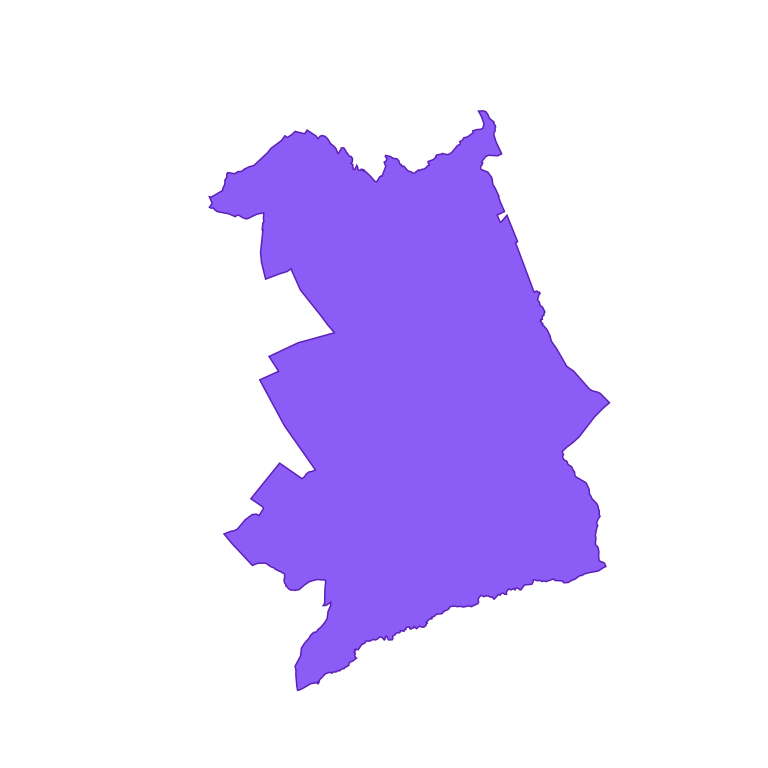 the district of Baltesti, Prahova, Romania, rotated 332°
{"feature_id": "2599482B69098006337159", "entity_name": "Baltesti", "entity_type": "district", "adm_level": 2, "iso_a3": "ROU", "parent_name": "Romania", "parent_adm1": "Prahova", "projection": "natural_earth1", "projection_center": [26.112, 45.09], "detail": "fine", "context": "isolated", "style": "filled", "palette": "violet", "viewbox_px": 768, "rotation_deg": 332, "n_neighbors": 0, "source": "geoboundaries", "source_scale": "gbopen_adm2", "svg_char_len": 6171}
<svg xmlns="http://www.w3.org/2000/svg" viewBox="0 0 768 768"><g transform="rotate(332 384 384)"><path d="M574.3,506.4L570.5,493.7L568.6,491.3L565.1,488.2L563.0,484.9L557.5,461.7L553.7,454.3L553.0,434.1L551.9,424.7L553.2,419.5L553.5,412.9L552.4,407.7L551.5,405.9L552.5,405.5L551.4,401.9L551.9,401.4L552.4,401.9L553.0,400.7L554.2,401.2L555.1,399.0L557.7,398.2L557.8,397.4L559.9,395.9L560.1,390.6L558.8,388.2L559.6,384.6L559.1,381.8L562.7,377.9L564.4,377.3L564.3,375.8L563.0,375.6L562.9,374.1L562.3,373.5L559.6,373.5L566.5,321.1L568.8,321.1L571.8,292.7L563.0,296.1L562.6,295.3L563.2,288.0L571.4,288.3L572.1,278.2L573.1,272.0L573.6,272.1L574.1,263.3L573.8,259.1L576.1,252.5L575.1,245.5L571.2,241.1L570.5,240.1L570.5,239.2L571.3,237.4L573.1,236.7L575.0,235.1L574.4,233.7L580.7,230.9L583.8,231.2L591.5,235.9L596.0,236.0L596.6,223.0L597.9,215.8L598.8,214.0L601.1,212.6L601.7,210.8L603.1,209.6L603.6,208.4L603.3,206.0L604.1,204.3L602.1,199.7L601.8,197.6L602.3,195.1L601.8,191.5L600.2,189.6L595.6,187.4L595.5,194.5L594.4,201.3L591.4,204.5L589.0,204.5L585.2,202.9L581.3,202.1L580.9,203.9L575.1,204.9L572.2,204.8L570.3,204.0L567.7,205.5L564.5,205.6L564.5,207.0L563.7,208.1L561.0,207.9L552.3,211.4L548.8,211.6L547.0,210.8L543.7,207.8L542.8,208.1L538.2,206.5L536.7,207.1L536.6,208.0L532.8,209.0L527.3,208.2L526.7,209.8L527.1,211.7L526.8,212.0L524.7,211.9L523.3,212.6L520.1,213.0L518.6,212.3L515.3,212.1L515.1,211.2L509.7,212.1L508.5,211.4L507.8,209.7L505.1,206.8L503.8,200.9L502.0,200.4L502.3,198.4L501.5,197.8L501.4,195.7L501.9,193.8L501.1,191.2L498.2,189.2L496.4,186.1L492.9,183.0L492.0,183.5L492.3,186.7L490.1,188.2L488.3,188.2L487.7,192.7L479.9,199.5L479.0,198.9L477.5,199.0L472.7,202.0L471.1,200.9L469.5,193.9L468.0,189.3L466.9,186.7L465.8,186.4L465.9,185.7L466.7,186.0L466.9,185.5L464.7,183.6L463.6,184.5L461.7,182.8L462.5,180.3L462.6,178.2L459.3,180.7L458.4,180.5L457.7,179.7L458.4,178.4L458.5,177.0L459.5,175.8L458.3,173.5L460.0,173.2L461.3,171.6L462.1,169.7L461.7,167.7L460.2,166.3L460.0,163.0L459.4,161.6L459.8,160.3L459.3,156.5L456.8,155.5L456.3,157.0L454.6,157.2L452.4,158.9L451.5,158.6L452.1,153.8L451.6,151.3L449.6,146.4L449.5,141.9L448.3,137.7L445.8,135.4L443.6,135.3L440.8,136.5L440.4,133.0L435.3,123.7L432.1,125.5L431.1,125.5L424.0,119.2L420.1,120.4L414.5,121.0L413.0,118.3L407.9,120.9L394.7,122.9L389.8,125.1L371.7,130.0L366.8,128.9L361.7,128.7L358.2,129.4L354.6,127.9L350.8,128.2L346.2,124.5L344.9,124.1L343.8,124.8L341.9,128.0L339.3,129.2L337.3,132.9L334.4,134.9L332.3,137.3L319.2,137.9L317.7,136.7L317.1,143.9L312.8,145.9L313.6,147.3L316.1,148.7L316.2,150.5L317.7,153.5L326.9,160.9L331.2,166.4L333.8,166.0L334.9,166.7L337.4,170.9L339.8,173.4L341.1,174.0L351.3,174.4L358.2,176.4L355.6,180.6L353.9,184.6L352.8,184.7L348.8,190.7L349.6,190.9L336.8,209.8L332.9,219.2L328.7,235.8L343.6,237.7L351.1,239.2L355.9,238.7L354.3,261.7L360.6,295.6L361.9,304.7L364.3,315.5L327.6,307.3L295.4,305.7L296.9,323.3L276.2,322.0L276.5,374.4L283.1,427.6L279.8,427.5L276.5,426.4L273.1,427.0L269.9,428.7L267.1,429.0L254.7,404.9L212.6,422.8L219.2,435.5L219.4,436.6L218.7,437.6L211.7,441.6L210.8,439.6L209.8,438.8L206.3,437.4L197.7,438.7L186.4,443.3L182.6,443.2L179.3,442.1L172.3,441.3L174.8,453.2L182.6,482.4L188.7,483.1L195.4,486.6L198.4,492.3L200.7,494.9L200.7,495.8L203.6,500.1L204.8,501.0L205.0,502.2L206.7,504.3L206.9,505.1L205.6,507.9L203.6,510.4L202.8,512.9L203.1,514.2L202.6,516.7L203.3,517.9L203.5,519.8L205.1,522.4L207.1,523.2L208.3,524.4L212.8,525.7L219.0,524.2L225.7,523.5L233.1,525.2L240.1,529.5L239.8,531.0L235.5,537.5L228.6,549.8L226.3,551.1L228.9,552.3L234.5,551.7L232.9,554.5L227.9,558.5L223.7,564.4L219.7,566.8L214.0,569.1L210.2,569.8L208.1,571.2L205.3,570.3L201.4,571.3L198.5,573.2L191.9,575.7L187.1,578.4L182.7,584.9L173.0,591.4L171.7,595.8L169.8,599.1L165.3,609.5L163.9,613.7L164.5,614.3L170.7,614.6L178.7,614.2L184.3,616.2L185.5,616.1L185.0,617.6L186.0,617.4L188.2,615.0L196.1,612.4L199.6,612.8L201.8,613.9L202.3,614.9L203.5,614.4L207.0,615.8L208.5,615.4L210.1,616.4L213.5,615.7L214.9,616.6L217.2,615.7L218.1,616.1L220.9,615.9L221.6,614.7L223.2,613.6L226.4,613.9L231.1,613.1L230.4,612.0L230.6,610.0L232.3,608.4L231.6,606.6L233.6,606.1L233.2,604.8L234.1,604.6L234.3,605.3L235.2,605.3L236.5,606.5L241.7,603.7L245.2,603.7L247.8,602.6L250.6,604.3L254.6,604.5L256.1,605.9L258.6,606.1L261.1,605.3L263.2,606.5L264.0,610.1L264.9,610.0L266.8,607.8L267.8,607.6L268.2,608.6L267.7,610.2L267.9,612.1L271.1,613.7L272.2,613.0L273.3,610.7L276.4,610.5L277.8,609.4L280.8,610.9L281.9,610.6L282.3,609.6L282.8,609.5L285.5,611.7L286.9,610.5L288.0,611.1L289.0,609.6L290.0,609.5L292.4,610.5L292.0,612.2L292.7,613.1L294.5,612.8L295.7,613.3L296.7,612.2L297.9,615.3L301.7,614.4L302.8,616.0L304.9,617.4L307.7,616.9L308.9,615.7L310.0,615.4L309.2,614.2L314.0,612.9L316.0,613.8L316.5,613.4L316.3,612.4L319.4,612.8L320.8,612.1L323.4,612.3L327.3,614.0L330.1,612.9L335.0,613.2L338.0,611.6L342.6,613.5L344.2,615.1L346.5,615.8L349.6,618.3L354.7,619.7L356.5,621.6L363.8,622.0L365.3,620.9L365.7,618.8L367.4,617.2L370.2,616.2L371.1,616.6L372.0,618.5L375.8,619.4L378.5,622.6L379.7,622.9L379.8,625.1L380.5,625.7L386.1,623.5L387.4,625.0L389.1,624.0L391.0,624.5L392.0,626.5L393.5,627.2L394.4,625.0L397.9,623.6L399.6,625.5L402.2,625.4L403.0,627.3L404.7,626.2L405.5,626.4L406.6,627.6L407.4,629.6L408.2,630.0L413.6,627.4L420.5,630.2L422.7,628.9L423.6,627.2L424.5,627.2L427.1,629.8L429.1,630.3L430.9,632.7L433.0,633.0L434.1,634.5L442.2,635.7L442.7,637.7L449.1,641.7L449.4,643.9L453.3,645.7L457.2,645.5L461.1,646.0L466.9,645.1L468.7,646.0L471.8,645.8L475.9,646.7L485.5,649.7L492.7,649.1L494.2,649.4L494.6,645.8L493.3,643.7L491.9,642.7L491.2,640.4L492.6,637.0L494.9,633.1L496.2,629.3L496.2,627.9L495.4,625.7L496.1,623.4L498.6,619.9L499.6,616.7L504.3,611.0L506.2,609.4L506.3,606.6L509.5,603.9L512.6,602.3L512.7,600.5L514.7,596.6L514.7,594.6L515.6,592.7L515.7,589.6L513.8,583.0L514.0,579.1L513.7,577.8L515.7,573.3L516.0,566.1L509.7,555.7L509.6,554.4L510.9,551.3L510.6,547.7L510.9,545.4L508.7,541.4L509.2,538.2L507.1,535.0L507.7,531.7L509.5,530.6L509.2,529.0L509.5,527.9L510.1,527.2L515.6,525.6L523.9,524.3L531.7,522.2L554.4,511.9L565.8,508.3L574.3,506.4Z" fill="#8b5cf6" stroke="#5b21b6" stroke-width="1.5"/></g></svg>